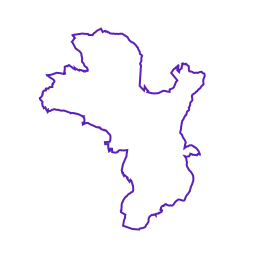 the district of Vultureni, Cluj, Romania, rotated 82°
{"feature_id": "2599482B57852865325631", "entity_name": "Vultureni", "entity_type": "district", "adm_level": 2, "iso_a3": "ROU", "parent_name": "Romania", "parent_adm1": "Cluj", "projection": "natural_earth1", "projection_center": [23.551, 46.958], "detail": "fine", "context": "isolated", "style": "outline", "palette": "violet", "viewbox_px": 256, "rotation_deg": 82, "n_neighbors": 0, "source": "geoboundaries", "source_scale": "gbopen_adm2", "svg_char_len": 5746}
<svg xmlns="http://www.w3.org/2000/svg" viewBox="0 0 256 256"><g transform="rotate(82 128 128)"><path d="M230.1,131.1L229.4,130.6L229.1,130.1L229.2,128.3L228.8,125.8L228.4,124.6L226.9,123.8L225.6,122.3L223.5,120.7L220.6,120.1L219.6,119.7L217.9,117.7L217.4,116.6L217.4,115.9L217.7,115.3L217.2,114.1L217.6,113.3L218.5,112.7L217.2,112.5L216.9,112.3L217.0,111.4L216.8,110.7L217.0,109.7L216.3,109.1L216.5,108.8L216.2,108.3L216.3,108.0L215.7,106.4L214.8,106.0L214.8,106.4L214.2,106.5L212.8,106.1L213.8,106.9L213.8,107.2L213.5,107.3L212.5,106.6L212.3,106.7L211.4,106.4L210.3,105.4L210.3,105.0L210.0,104.6L210.1,104.1L209.8,104.0L209.7,103.6L209.7,102.9L209.4,103.0L208.6,101.4L208.8,100.8L209.8,99.8L210.6,97.9L210.5,97.0L210.9,95.7L210.9,94.8L210.5,94.0L208.2,91.9L207.2,90.7L205.9,88.2L205.9,87.2L207.5,83.9L207.6,82.5L206.8,81.6L204.9,80.8L203.0,79.4L201.5,77.7L200.7,77.1L199.3,75.7L194.9,73.8L192.2,72.1L190.7,71.5L189.5,70.7L186.5,70.2L184.2,70.2L182.7,70.7L180.6,71.6L178.4,73.2L174.3,74.9L172.6,75.0L169.9,74.3L168.8,74.6L167.0,74.5L165.2,75.0L163.7,75.8L163.8,75.5L165.0,74.6L164.5,73.3L164.5,71.4L163.6,70.9L162.8,69.7L162.5,69.7L162.9,69.2L162.6,68.6L163.5,67.7L164.1,64.9L164.6,63.6L163.5,62.6L163.5,62.2L164.3,60.6L163.6,60.5L160.3,61.5L157.5,63.2L155.7,65.1L155.7,65.5L154.9,66.1L153.9,67.4L153.8,69.7L154.6,71.4L154.4,72.3L155.8,74.9L152.1,73.7L150.6,72.9L149.7,72.9L147.5,73.6L145.0,74.9L142.5,75.4L141.3,76.1L140.6,76.8L139.4,76.9L136.8,75.8L133.8,75.1L128.5,73.3L127.3,72.1L124.8,70.5L123.5,69.4L123.5,68.7L123.2,68.5L119.9,67.2L119.5,66.3L119.0,65.7L119.0,65.4L118.6,65.0L117.1,64.7L116.2,65.0L115.4,64.1L113.6,63.2L112.6,63.1L111.5,62.7L110.1,61.0L109.2,60.3L105.4,60.3L104.5,60.0L103.4,58.5L102.6,56.6L101.5,55.4L101.4,54.7L100.1,53.4L99.9,52.9L99.2,52.3L99.1,51.7L98.5,50.9L96.9,49.5L95.3,47.2L91.3,46.9L90.4,46.6L87.2,44.8L84.8,44.8L84.0,46.5L82.6,47.2L82.6,49.4L82.9,50.1L83.1,51.5L82.7,52.7L82.7,54.6L82.5,55.4L81.4,56.5L80.6,58.3L80.5,59.3L79.5,59.6L78.0,59.6L76.0,59.2L75.0,59.4L74.7,59.9L72.5,61.6L73.0,62.1L72.6,62.7L72.6,63.3L71.9,64.1L71.6,64.9L72.1,65.6L72.7,65.2L73.9,65.6L74.3,66.2L75.8,66.3L76.2,66.9L76.7,67.0L76.7,67.6L77.7,68.8L79.7,69.6L78.0,70.9L77.6,70.2L77.0,70.0L76.8,70.2L76.9,71.0L76.2,70.8L75.7,70.9L75.3,70.6L75.3,70.0L74.7,69.7L73.1,69.3L72.9,69.5L74.3,71.2L74.5,72.0L75.7,73.0L75.6,73.8L76.5,74.9L79.5,77.5L87.7,72.5L88.4,73.1L88.7,73.8L94.0,76.9L95.0,78.4L95.6,81.3L98.0,81.8L97.1,84.8L96.4,86.2L96.1,88.2L97.7,92.9L97.5,96.7L96.8,99.9L95.1,103.8L94.0,102.9L93.2,103.7L89.2,105.7L92.1,106.4L93.2,106.9L87.9,110.6L69.1,106.7L68.3,106.4L67.4,106.5L67.2,106.9L66.1,107.1L63.4,105.4L60.2,105.0L58.6,104.0L57.6,104.4L56.2,105.9L54.2,105.8L50.5,107.1L49.4,107.2L49.2,107.4L49.0,107.8L46.9,108.8L44.5,110.7L43.7,111.8L43.5,112.6L42.5,113.3L42.0,113.9L40.9,114.7L39.2,115.3L37.8,116.0L33.8,120.7L33.8,121.6L33.5,122.5L33.6,124.5L33.1,126.0L33.1,127.5L32.6,128.6L32.6,129.5L31.8,132.6L30.5,133.9L30.5,134.5L29.8,134.8L29.5,135.7L29.6,136.5L28.8,136.8L28.6,137.3L29.4,139.7L25.9,140.9L27.4,145.3L28.6,146.9L29.6,148.9L31.2,150.2L30.8,151.4L30.5,154.0L29.6,154.1L29.0,155.7L29.0,156.7L28.1,160.2L28.2,168.4L28.4,170.0L28.9,169.8L30.7,168.4L31.4,168.1L31.5,168.7L32.3,169.2L32.6,169.2L34.9,171.6L35.5,171.1L41.9,168.8L45.3,165.3L47.8,163.8L49.2,164.0L52.8,163.7L54.7,164.2L56.3,164.2L57.8,163.0L60.4,162.4L61.4,161.6L62.0,160.7L62.9,160.1L63.4,159.9L65.6,159.8L65.8,160.0L65.8,160.5L65.4,161.5L66.1,162.5L65.3,163.6L65.8,163.9L64.2,166.1L64.3,166.4L63.6,167.7L64.3,168.3L62.1,171.4L61.7,171.6L61.6,172.1L61.3,172.3L61.5,172.3L61.4,172.5L62.4,172.6L61.2,174.1L57.6,177.5L57.5,177.8L58.0,178.2L58.0,179.0L58.4,179.3L58.0,180.0L58.3,180.8L58.5,182.1L61.0,182.4L63.9,183.4L64.1,182.9L65.5,182.8L65.6,184.1L64.5,186.7L63.4,191.0L64.5,196.3L64.6,197.7L64.3,200.9L64.7,200.8L64.8,200.3L66.8,198.5L69.4,195.4L70.6,194.5L71.6,194.3L72.7,195.3L74.2,196.3L73.9,196.6L74.2,196.8L76.9,197.2L76.6,199.9L77.5,201.0L78.0,201.2L77.9,201.9L77.4,203.3L77.6,203.9L79.3,204.0L79.3,206.0L80.3,207.2L81.3,207.4L81.6,207.7L82.3,207.7L82.6,208.1L83.6,208.2L85.1,209.5L85.7,210.3L86.0,211.1L86.6,211.2L87.5,211.0L87.7,210.7L90.5,209.0L91.6,209.6L92.2,209.5L94.4,209.5L95.8,208.5L95.9,208.4L96.0,208.7L96.7,208.6L96.1,207.0L99.2,206.2L98.7,204.8L99.8,205.1L101.0,205.2L100.2,203.9L100.3,202.7L99.6,201.2L99.1,198.4L100.2,195.7L100.3,194.4L101.3,192.6L101.6,191.1L101.8,189.0L105.0,182.8L105.4,182.6L105.2,182.2L105.5,180.6L105.4,180.2L106.4,178.2L106.4,177.5L106.7,177.3L106.9,176.4L107.4,175.7L107.6,174.9L109.7,171.9L110.2,170.1L111.2,170.7L112.2,169.9L114.5,170.1L116.4,170.6L116.4,172.2L118.3,172.2L117.3,169.3L117.3,167.5L117.5,166.9L119.2,164.8L121.6,160.7L122.6,159.5L123.2,157.8L123.0,157.6L123.4,156.1L123.9,156.2L124.4,155.1L125.4,154.8L125.9,153.8L126.0,153.2L126.4,152.8L126.5,152.0L126.9,151.8L126.7,151.4L127.5,150.1L127.9,150.0L128.8,149.1L130.8,148.0L131.6,147.2L132.9,146.6L134.7,146.6L137.7,147.3L139.1,148.1L138.8,152.8L140.9,152.8L141.2,149.7L144.0,150.3L148.5,150.0L147.9,148.7L146.0,148.6L146.3,146.7L149.7,147.0L150.5,144.5L150.7,142.9L150.2,141.8L150.1,141.2L149.5,140.9L149.1,140.3L148.8,139.1L149.7,135.3L149.7,131.8L152.4,132.5L153.3,133.0L155.5,133.3L163.2,138.0L168.9,140.1L171.6,139.9L171.5,139.3L171.8,139.1L173.6,139.2L174.8,138.7L174.0,138.2L176.8,135.5L177.2,135.8L177.6,135.4L178.0,135.8L181.4,134.0L179.7,132.8L180.9,132.0L186.1,131.1L190.1,131.4L191.0,131.7L191.8,132.5L192.2,133.9L193.0,135.0L193.1,135.6L193.8,137.1L195.5,138.9L195.7,139.8L198.3,142.3L200.8,143.8L201.4,144.4L203.6,145.1L205.5,145.3L207.0,145.8L208.1,145.8L208.6,146.4L208.8,146.2L210.3,146.7L213.5,142.7L214.8,143.2L216.5,143.4L218.8,144.8L224.1,146.5L228.6,137.7L230.1,131.1Z" fill="none" stroke="#5b21b6" stroke-width="2"/></g></svg>